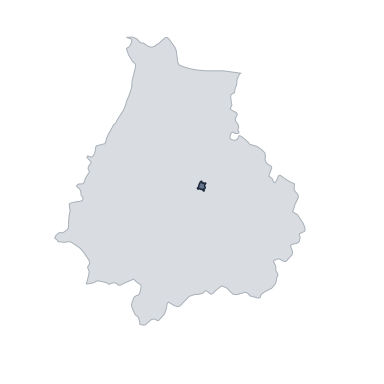 Minsk City, City of Minsk, Belarus (highlighted), rotated 106°
{"feature_id": "67162791B57724394311820", "entity_name": "Minsk City", "entity_type": "district", "adm_level": 2, "iso_a3": "BLR", "parent_name": "Belarus", "parent_adm1": "City of Minsk", "projection": "orthographic", "projection_center": [27.611, 53.884], "detail": "fine", "context": "in_parent", "style": "filled", "palette": "slate", "viewbox_px": 384, "rotation_deg": 106, "n_neighbors": 0, "source": "geoboundaries", "source_scale": "gbopen_adm2", "svg_char_len": 4499}
<svg xmlns="http://www.w3.org/2000/svg" viewBox="0 0 384 384"><g transform="rotate(106 192 192)"><path d="M309.4,268.3L303.7,268.3L296.8,268.8L293.1,271.7L288.9,270.6L285.9,272.2L279.5,280.0L276.9,284.1L274.7,290.4L273.3,295.0L274.3,298.1L275.7,301.0L276.1,304.2L276.8,306.7L275.2,308.6L274.3,311.2L271.4,310.9L267.7,308.5L266.8,304.9L264.0,302.5L262.1,301.2L259.1,301.1L254.4,302.5L248.2,303.6L243.6,304.0L241.0,305.3L237.3,306.7L235.8,305.2L233.6,301.1L231.8,297.1L230.6,295.3L229.5,294.8L228.3,294.9L226.8,296.3L225.8,297.6L221.9,299.2L220.2,300.7L218.3,304.6L217.1,304.3L215.7,303.5L214.2,299.2L212.1,298.3L208.8,298.3L204.8,297.4L201.5,296.2L200.3,296.5L198.3,298.3L196.2,298.6L191.5,297.0L190.6,297.7L187.9,302.4L186.7,302.6L186.0,302.0L186.3,298.0L183.6,296.6L179.1,296.3L175.9,296.9L174.3,296.7L173.5,295.9L169.6,289.1L167.6,288.7L163.9,289.0L158.4,288.1L152.1,286.5L148.7,285.8L146.9,284.3L143.1,283.7L132.7,280.6L128.5,280.0L122.3,279.8L112.8,278.8L106.7,279.0L103.8,279.8L100.6,280.3L89.3,280.6L85.2,281.2L84.0,282.6L82.5,285.7L77.6,290.8L72.9,294.2L72.0,294.5L69.5,292.4L67.3,291.7L64.7,291.3L62.8,291.8L61.6,292.7L61.5,296.9L61.3,297.2L59.5,292.1L59.9,287.6L61.2,285.2L62.7,282.9L62.3,279.4L63.9,274.9L64.1,271.6L63.6,270.1L62.6,268.4L59.8,266.4L58.6,264.9L54.8,262.8L51.0,260.2L50.4,258.7L50.7,257.7L51.4,256.2L54.7,251.9L58.2,247.8L60.3,246.2L71.5,241.3L73.3,239.4L73.9,236.2L74.1,229.5L73.7,223.5L73.1,219.3L71.5,211.3L66.8,194.9L64.4,177.9L66.5,179.1L71.5,179.7L75.6,178.8L77.7,178.7L79.5,179.2L84.9,178.5L86.1,180.1L88.4,181.5L93.1,179.8L97.4,177.6L101.6,178.1L102.3,176.9L103.6,171.0L104.9,169.8L109.9,170.6L111.9,169.6L113.9,166.7L117.0,165.0L119.5,165.1L122.2,163.1L123.4,164.5L123.9,167.0L123.0,168.9L123.4,169.7L125.1,170.7L128.2,170.8L130.3,170.0L130.7,168.9L130.8,166.9L130.4,165.0L129.1,163.3L126.6,162.4L124.9,162.3L124.7,161.3L125.3,159.0L127.0,155.0L128.9,151.3L130.1,150.0L130.3,148.7L130.2,146.4L130.2,142.4L132.0,136.8L134.4,132.6L137.4,131.3L141.0,130.6L143.4,128.6L144.6,126.3L145.6,122.7L146.8,122.0L155.5,122.6L156.9,119.0L157.6,118.0L159.3,116.9L160.5,115.6L160.1,114.6L157.9,114.0L152.7,113.3L151.6,112.1L152.0,110.6L153.4,106.9L154.8,102.1L155.6,98.3L155.7,96.1L156.4,95.6L160.6,94.9L162.1,94.2L165.7,89.1L168.5,88.3L175.6,89.6L178.8,89.5L183.0,89.9L183.3,89.4L184.8,84.3L191.8,76.2L195.5,73.4L197.8,72.8L198.7,72.9L202.5,77.1L203.3,77.3L205.8,75.5L210.1,75.3L212.1,76.7L215.1,81.9L216.6,82.5L220.7,79.5L223.0,78.5L224.6,78.5L232.6,82.4L233.2,83.7L233.3,85.2L232.2,90.0L233.9,92.9L235.9,94.8L239.9,91.4L241.4,90.5L243.0,90.4L245.2,89.1L246.7,87.2L248.2,86.5L251.2,86.9L256.4,86.3L262.7,88.9L263.3,89.8L266.5,93.0L267.6,94.6L268.7,95.1L270.4,96.7L272.6,97.6L274.2,97.2L274.9,97.7L275.7,99.0L275.8,101.2L275.9,107.5L273.8,110.9L273.6,112.1L273.8,113.5L275.6,116.1L278.1,120.2L278.8,122.6L278.9,124.5L276.0,130.0L275.0,131.3L274.4,134.0L274.2,136.7L274.4,137.9L279.9,141.9L283.9,144.0L284.8,145.1L285.0,145.8L283.1,150.6L283.0,151.8L286.2,153.6L288.1,156.5L289.9,161.3L293.1,165.9L304.7,172.1L305.8,173.3L306.2,174.8L306.0,178.0L304.3,184.3L306.3,185.1L311.3,184.5L317.3,184.9L324.9,188.8L325.0,190.7L324.4,192.5L325.0,194.4L325.9,195.9L332.6,200.3L333.3,201.7L333.6,204.0L333.5,205.8L331.8,206.3L329.9,207.2L326.9,209.5L325.8,212.5L320.9,216.9L317.8,218.9L315.3,219.2L309.1,218.7L306.9,216.9L305.9,215.1L303.5,214.4L300.4,214.5L296.2,215.0L295.3,215.6L294.8,217.9L293.1,221.9L291.9,224.1L297.8,231.4L300.7,234.4L301.7,236.3L301.7,237.7L300.5,239.3L300.9,242.6L303.8,246.7L302.9,247.4L302.9,252.6L303.3,258.2L304.1,259.5L305.6,260.6L306.9,262.5L309.2,267.1L309.4,268.3Z" fill="#d9dde1" stroke="#a8b0b8" stroke-width="1"/><path d="M187.4,180.6L187.1,180.8L186.5,181.3L185.8,181.5L185.4,180.7L184.8,180.5L184.5,180.5L184.1,180.5L183.6,180.8L183.2,181.2L182.6,181.5L182.2,181.7L181.6,181.8L181.1,181.6L180.5,181.4L179.9,181.2L179.7,181.5L180.0,181.9L180.7,182.3L180.6,182.7L180.1,182.8L180.0,183.3L180.0,183.6L180.2,183.9L180.6,184.3L180.6,184.8L179.9,185.1L179.4,185.4L179.1,185.6L179.1,186.0L179.5,186.4L180.0,186.7L180.8,186.9L181.6,187.1L182.3,187.1L182.9,187.2L183.1,187.2L184.2,187.2L184.8,187.1L185.6,186.9L185.9,187.1L186.2,187.5L186.3,187.8L186.9,187.8L187.3,187.6L187.5,187.1L187.5,186.8L187.3,186.4L187.0,185.9L186.8,185.6L186.7,185.1L186.8,184.9L187.0,184.5L187.0,184.1L186.9,183.8L186.6,183.4L186.6,183.0L186.8,182.8L187.2,182.4L187.1,182.0L187.3,181.7L187.8,181.3L187.7,180.9L187.4,180.6Z" fill="#64748b" stroke="#1e293b" stroke-width="1.5"/></g></svg>